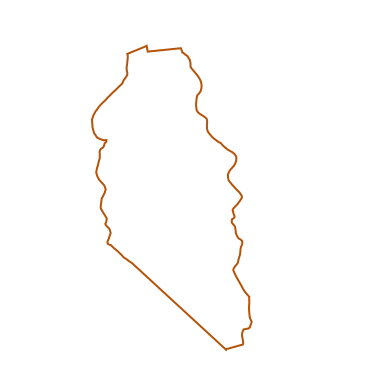 outline of Londonderry, Choiseul, Saint Lucia, rotated 134°
{"feature_id": "8701671B35578223598548", "entity_name": "Londonderry", "entity_type": "district", "adm_level": 2, "iso_a3": "LCA", "parent_name": "Saint Lucia", "parent_adm1": "Choiseul", "projection": "orthographic", "projection_center": [-61.014, 13.777], "detail": "fine", "context": "isolated", "style": "outline", "palette": "amber", "viewbox_px": 384, "rotation_deg": 134, "n_neighbors": 0, "source": "geoboundaries", "source_scale": "gbopen_adm2", "svg_char_len": 3592}
<svg xmlns="http://www.w3.org/2000/svg" viewBox="0 0 384 384"><g transform="rotate(134 192 192)"><path d="M104.2,270.3L103.9,273.5L103.7,275.5L103.3,278.8L102.6,280.4L100.2,282.8L98.6,285.2L98.1,287.1L97.4,289.7L97.8,292.1L98.0,295.1L98.4,295.9L97.8,296.6L97.4,297.4L97.0,298.5L96.3,299.9L121.8,321.4L118.3,326.2L120.2,326.8L137.6,334.5L138.2,333.3L140.3,331.3L140.8,330.9L142.1,329.9L143.2,329.0L144.6,327.9L145.6,327.2L146.9,326.2L148.3,325.2L149.5,323.8L150.4,322.6L150.7,322.0L151.9,320.6L152.8,319.9L156.2,319.1L158.4,318.9L159.6,318.7L161.8,317.7L163.6,317.5L165.8,317.7L168.8,317.8L172.0,317.8L175.6,318.1L179.6,318.1L182.9,318.2L186.6,318.1L188.5,318.2L192.6,318.3L195.0,318.2L198.7,317.6L200.9,317.4L205.0,316.3L209.3,314.3L213.1,310.1L214.7,308.3L217.6,303.5L218.0,301.4L218.8,297.8L217.6,294.5L217.1,293.6L216.3,291.6L215.9,291.4L214.1,289.7L215.3,288.6L216.9,288.7L217.6,288.6L220.6,287.1L222.0,286.9L223.1,287.2L224.3,287.4L225.2,287.4L227.2,286.4L227.4,286.2L229.2,284.3L231.6,282.0L232.2,281.6L234.8,280.3L238.3,278.1L240.6,277.1L243.6,275.1L244.7,274.2L246.5,270.9L247.1,269.4L247.7,267.2L248.0,262.6L248.2,259.6L250.0,255.9L251.6,255.2L252.9,254.4L256.5,253.2L258.0,252.8L259.3,252.5L259.5,252.3L261.1,251.2L262.7,249.9L264.3,248.9L266.3,247.2L267.3,245.9L268.2,242.7L268.7,240.8L269.4,238.0L270.2,235.0L273.0,232.9L274.9,232.3L275.7,231.3L275.8,228.6L275.9,225.6L278.0,222.0L280.5,220.9L283.0,219.6L285.8,218.6L287.0,217.8L287.7,216.8L287.6,215.6L286.6,213.5L286.6,211.9L286.6,211.1L286.6,208.7L286.4,207.3L286.2,204.0L286.2,199.4L286.5,195.7L286.2,194.3L285.9,193.4L285.6,190.0L284.8,185.7L284.8,185.0L281.8,57.8L280.9,58.0L266.4,49.5L264.8,50.4L262.1,54.1L261.2,55.4L260.6,56.2L260.0,56.7L258.7,57.8L258.0,58.3L256.9,58.8L255.6,59.2L254.9,59.4L254.2,58.7L253.1,58.1L251.9,57.3L251.5,56.8L249.4,56.3L246.8,57.5L244.0,58.8L242.4,62.6L242.0,63.5L240.7,65.0L239.8,66.1L237.0,69.2L235.3,71.0L234.6,71.7L233.8,72.2L233.1,72.7L231.6,74.1L230.4,75.3L230.2,75.5L229.4,76.4L229.1,76.8L228.6,77.2L227.6,78.0L227.5,79.9L227.2,83.1L227.0,84.2L226.7,86.4L225.9,88.9L225.1,91.4L224.4,93.8L223.4,97.1L222.6,100.0L221.7,102.8L220.8,105.0L219.8,107.6L218.8,108.6L216.9,109.2L213.5,109.5L211.6,109.7L210.0,110.4L208.1,111.8L205.6,113.0L203.7,114.0L201.6,115.5L199.7,117.2L197.7,118.5L194.7,119.6L193.1,121.0L192.4,122.2L192.5,124.5L192.9,125.8L192.9,127.3L192.3,129.0L191.3,131.6L190.3,132.9L189.0,134.4L187.3,136.7L186.8,138.1L186.6,140.2L186.4,141.9L185.2,143.4L183.7,144.3L182.3,143.8L180.8,143.9L180.1,144.3L179.6,145.0L179.4,145.7L178.7,147.1L177.7,148.8L176.8,150.2L175.2,150.8L173.6,150.7L172.9,150.8L169.9,150.8L167.2,151.1L164.3,151.5L161.7,152.1L160.9,152.6L160.7,152.8L160.0,154.1L159.7,156.0L159.3,157.6L159.3,159.7L159.3,159.9L159.3,161.3L159.1,165.3L158.9,168.3L158.6,170.5L158.4,172.6L158.0,174.1L156.7,175.9L154.5,178.3L151.3,179.5L148.7,179.9L147.2,179.9L145.8,180.0L144.1,180.1L141.3,180.8L139.4,181.6L137.6,182.9L136.2,184.3L135.6,185.4L135.2,187.3L135.2,189.0L135.5,191.3L136.1,193.2L136.6,195.5L137.0,198.3L137.1,201.6L137.1,202.8L136.8,205.0L136.9,205.7L137.5,207.3L137.8,209.0L138.2,212.3L138.3,214.1L138.4,216.1L138.1,218.6L138.0,220.4L137.7,221.9L137.1,223.4L136.3,224.8L135.2,226.0L133.5,227.8L132.3,228.7L130.8,230.0L129.6,231.5L129.1,232.6L129.2,234.3L129.4,236.4L129.8,237.9L130.2,239.8L130.4,241.2L130.5,243.6L129.9,245.5L127.9,248.1L125.3,250.7L122.9,252.6L120.7,254.3L118.6,255.4L116.7,255.3L113.5,255.8L110.8,257.3L108.7,259.1L107.2,261.0L106.0,263.2L105.2,265.4L104.6,268.0L104.2,270.0L104.2,270.3Z" fill="none" stroke="#b45309" stroke-width="2"/></g></svg>